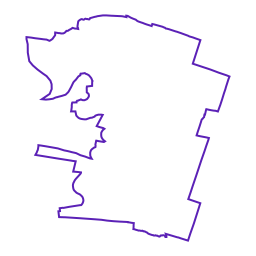 Dobresti, Dolj, Romania
{"feature_id": "2599482B36171757906736", "entity_name": "Dobresti", "entity_type": "district", "adm_level": 2, "iso_a3": "ROU", "parent_name": "Romania", "parent_adm1": "Dolj", "projection": "orthographic", "projection_center": [23.926, 43.971], "detail": "fine", "context": "isolated", "style": "outline", "palette": "violet", "viewbox_px": 256, "rotation_deg": 0, "n_neighbors": 0, "source": "geoboundaries", "source_scale": "gbopen_adm2", "svg_char_len": 5515}
<svg xmlns="http://www.w3.org/2000/svg" viewBox="0 0 256 256"><path d="M188.0,240.6L190.3,233.6L193.8,223.7L198.2,209.9L200.3,203.2L188.3,199.1L190.6,192.4L192.7,186.0L195.9,176.6L198.7,168.2L201.3,160.3L204.5,151.2L206.4,145.5L208.4,139.8L208.9,138.0L206.3,137.4L199.5,136.1L196.6,135.4L197.9,131.3L199.5,126.6L200.8,122.5L201.7,119.6L201.8,119.4L202.7,118.7L203.4,117.7L204.1,117.1L204.2,116.3L204.3,115.5L204.2,114.8L204.1,114.6L203.6,114.4L205.0,114.6L206.0,110.1L206.3,109.2L206.9,109.3L208.6,109.7L211.1,110.2L213.5,110.6L215.6,110.8L217.9,111.5L219.7,106.5L220.2,105.2L222.1,99.4L224.0,93.2L225.4,89.1L226.0,86.9L228.4,79.4L229.5,76.5L226.5,75.3L218.8,72.7L214.6,71.1L210.3,69.5L192.8,63.7L200.4,40.1L196.1,38.6L192.8,37.4L189.3,36.4L188.0,35.7L183.3,34.0L180.9,33.1L178.8,32.4L177.1,31.8L175.6,31.4L168.9,29.2L166.6,28.6L166.0,28.6L165.5,28.3L164.9,27.7L164.2,27.5L163.4,27.2L162.7,26.8L161.6,26.5L154.8,24.6L152.3,24.0L151.9,25.4L151.8,25.6L151.5,25.8L151.5,26.0L149.4,25.3L146.5,24.4L144.3,23.6L142.6,22.9L141.6,22.6L138.4,21.5L137.2,20.9L135.8,19.7L133.2,18.7L132.4,18.4L132.1,18.2L131.5,18.0L130.3,17.4L127.9,16.0L127.2,15.8L126.3,15.7L126.4,17.1L126.0,17.0L124.4,16.7L123.5,16.5L122.5,16.3L121.6,16.2L111.0,15.7L106.2,15.4L104.0,15.4L102.9,15.4L97.4,16.2L96.1,16.6L94.9,16.8L91.7,17.7L90.2,18.1L89.9,18.3L89.7,18.7L89.6,19.1L89.5,19.3L89.3,19.4L89.0,19.4L88.1,19.3L87.5,19.0L86.9,19.1L85.8,18.8L85.4,18.7L85.1,18.8L84.9,18.9L84.7,19.1L84.2,19.5L83.5,19.7L83.0,19.6L82.7,19.4L81.8,19.1L81.0,19.3L79.9,19.9L78.5,21.0L78.2,21.6L77.7,24.8L77.5,26.1L77.5,26.5L77.5,26.9L77.6,27.2L77.8,27.5L78.0,27.9L78.1,28.4L78.2,29.0L77.6,28.9L77.4,28.9L77.1,28.8L76.7,28.6L75.1,28.6L74.3,28.4L73.0,28.0L72.7,27.9L72.4,27.9L71.8,28.5L71.4,28.7L70.6,29.2L69.1,29.9L68.6,30.4L68.3,30.6L67.9,30.7L67.4,30.9L66.4,30.9L66.0,31.4L65.8,31.7L65.6,31.8L65.4,32.1L64.8,32.6L64.4,32.9L63.7,33.2L63.3,33.4L61.2,33.5L60.4,33.3L59.8,33.1L58.6,33.1L55.2,32.5L55.1,33.5L55.2,34.6L55.1,35.3L53.7,37.2L52.5,38.9L51.4,39.7L50.0,40.6L49.6,40.7L49.3,40.8L49.0,40.6L46.6,39.6L43.5,39.3L40.6,38.9L34.9,38.2L31.2,37.6L28.5,37.3L26.5,37.1L26.5,39.1L27.7,44.2L27.8,52.7L29.3,61.2L32.8,65.4L37.5,69.5L43.0,73.6L46.6,76.1L50.4,80.7L51.6,84.2L51.7,89.0L49.7,93.9L41.9,99.2L45.9,99.6L49.2,99.3L52.6,98.8L53.6,98.5L54.4,98.0L56.6,97.2L57.1,97.2L58.3,96.8L61.8,95.9L64.0,95.2L65.6,94.7L66.0,94.3L68.0,92.4L68.8,91.3L71.1,87.1L73.3,82.5L73.8,81.8L75.7,79.8L75.8,79.8L78.4,76.4L79.1,76.0L79.9,75.5L80.3,75.3L80.3,74.3L80.6,73.7L81.1,73.7L83.7,73.3L84.8,73.1L85.3,73.5L85.8,73.8L86.6,74.1L87.2,74.3L87.9,74.7L88.9,75.3L90.2,76.8L90.9,77.7L91.4,78.4L91.9,79.7L92.2,80.5L92.4,80.8L92.2,80.9L92.1,85.9L86.9,86.5L86.9,86.8L86.7,87.8L86.8,92.4L88.2,93.5L88.7,94.2L88.9,95.4L88.9,96.2L88.5,97.1L87.5,98.5L86.8,99.2L85.5,99.8L84.5,100.2L82.9,100.2L81.6,99.8L81.1,99.6L80.9,99.4L79.9,99.9L78.9,100.2L78.3,100.6L77.2,100.7L76.8,101.1L76.6,101.5L76.5,102.1L76.5,102.4L72.3,102.5L72.2,102.7L72.0,103.3L71.8,104.8L71.7,105.9L71.8,106.8L71.7,107.6L71.3,110.5L71.1,111.4L75.4,111.4L76.3,115.6L77.7,117.1L78.6,117.9L79.8,118.5L81.2,118.9L82.4,119.1L84.1,119.3L86.2,119.3L90.4,117.8L91.9,117.7L94.6,116.6L95.3,115.7L96.5,115.2L98.3,114.7L101.5,114.7L102.7,114.9L96.7,126.1L99.2,127.0L101.1,127.5L103.3,128.1L104.4,128.8L102.9,130.0L102.0,131.3L101.3,132.6L101.2,133.8L101.2,135.3L101.4,136.8L101.8,137.8L102.7,139.2L103.8,140.4L105.0,141.3L103.9,142.0L98.4,141.1L96.6,140.7L96.2,140.7L95.4,144.5L95.6,145.9L95.5,146.5L95.4,147.1L93.9,147.7L91.8,149.3L90.9,150.4L90.2,152.5L90.2,154.1L90.3,155.8L91.0,157.5L91.7,158.7L90.0,158.4L87.8,157.6L85.2,156.6L80.4,155.2L76.3,153.2L74.8,152.8L71.6,152.1L69.8,151.6L67.3,151.0L64.2,150.4L57.8,148.4L45.8,146.3L41.4,145.6L38.4,145.2L38.4,146.4L38.0,148.9L37.7,150.2L37.3,150.9L36.6,152.8L36.1,153.6L35.4,154.9L58.2,158.6L71.7,160.7L72.0,160.8L75.0,161.2L75.7,161.3L73.2,171.6L77.9,172.0L80.2,172.3L81.0,172.4L81.0,172.7L80.9,173.0L80.5,173.7L80.1,174.2L79.0,175.4L76.0,178.7L74.9,180.1L74.4,181.0L74.1,181.7L73.4,183.0L73.0,184.5L72.9,185.5L73.0,186.4L73.1,187.3L73.4,188.9L73.6,189.3L73.8,189.9L74.2,190.4L74.7,191.0L75.5,191.7L76.0,192.3L76.6,192.8L77.9,193.5L79.7,194.3L80.3,194.8L80.9,195.3L82.0,196.4L82.5,197.1L82.8,197.8L83.1,198.6L83.4,200.2L83.3,201.3L83.2,201.6L82.8,202.8L82.3,203.7L81.5,204.8L81.3,205.0L81.1,205.1L80.4,205.1L72.0,206.4L69.4,206.8L63.5,207.9L62.7,207.8L59.7,208.2L60.0,211.1L58.4,211.3L59.1,217.1L65.5,217.3L79.6,218.2L95.1,219.3L101.6,219.8L107.1,220.6L113.5,221.2L119.7,221.6L127.9,222.0L128.0,222.3L129.5,222.4L130.9,222.7L133.8,223.1L133.6,224.9L133.6,226.9L133.4,229.1L134.4,229.2L135.3,229.6L137.1,230.1L137.7,230.3L138.7,230.6L139.2,230.5L139.5,230.5L140.4,230.7L141.1,230.9L141.3,230.9L141.6,230.8L142.1,230.8L142.3,230.7L142.5,230.8L143.0,231.1L143.4,231.1L143.5,231.3L143.9,231.3L144.3,231.3L144.6,231.5L144.9,231.5L145.4,231.7L146.5,232.4L147.0,232.5L147.6,233.0L147.8,233.3L148.3,233.6L148.6,233.8L149.0,233.9L149.4,234.1L151.7,234.9L152.5,235.1L152.8,235.1L153.3,235.2L153.5,235.4L153.8,235.5L154.1,235.5L154.9,235.5L155.4,235.3L155.8,235.5L156.2,235.5L156.7,235.7L157.0,235.6L157.4,235.8L157.6,235.8L158.4,236.3L158.8,236.4L159.3,236.6L159.6,236.5L159.9,236.4L160.2,236.0L160.5,235.6L160.9,235.4L161.5,235.4L161.6,235.5L162.0,235.5L162.9,235.3L163.0,235.2L163.8,235.3L164.6,235.5L164.8,235.7L165.4,237.0L166.4,237.0L166.4,236.1L166.3,235.3L166.2,234.6L165.9,233.9L167.6,234.4L177.3,237.3L178.5,237.5L179.3,237.8L180.7,238.3L188.0,240.6Z" fill="none" stroke="#5b21b6" stroke-width="2"/></svg>